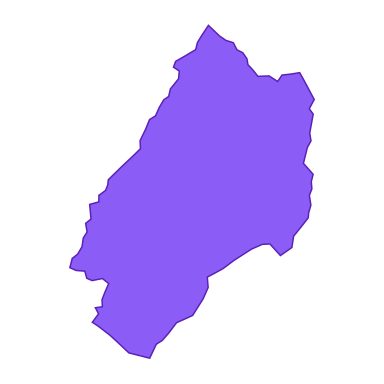 Ampelikou, Nicosia, Cyprus, rotated 181°
{"feature_id": "46923920B7308228974018", "entity_name": "Ampelikou", "entity_type": "district", "adm_level": 2, "iso_a3": "CYP", "parent_name": "Cyprus", "parent_adm1": "Nicosia", "projection": "natural_earth1", "projection_center": [32.803, 35.103], "detail": "fine", "context": "isolated", "style": "filled", "palette": "violet", "viewbox_px": 384, "rotation_deg": 181, "n_neighbors": 0, "source": "geoboundaries", "source_scale": "gbopen_adm2", "svg_char_len": 1331}
<svg xmlns="http://www.w3.org/2000/svg" viewBox="0 0 384 384"><g transform="rotate(181 192 192)"><path d="M81.6,159.9L75.3,168.3L75.0,173.2L72.9,180.9L74.6,190.6L72.2,197.2L72.9,204.5L71.2,211.8L81.1,222.6L77.4,238.6L73.9,245.2L75.3,252.9L72.2,272.0L76.2,277.3L71.4,286.6L82.6,306.7L86.4,313.2L95.5,311.6L104.0,310.5L108.3,304.0L116.9,309.4L128.1,308.8L133.0,314.8L138.3,320.3L139.4,326.2L143.7,332.2L149.5,334.9L153.3,342.0L160.8,344.2L167.2,348.5L178.5,358.9L185.4,348.0L189.2,341.5L190.8,334.4L204.1,326.2L210.6,322.4L212.7,316.5L206.8,312.7L207.4,305.0L215.4,294.7L217.0,287.1L221.8,283.8L226.1,276.2L229.8,267.5L235.7,263.7L239.5,253.9L244.8,242.5L244.3,234.4L251.8,226.8L262.5,216.4L270.5,208.3L275.9,202.8L276.4,197.4L278.5,192.0L285.0,187.1L285.0,180.5L294.1,177.8L292.5,163.2L297.8,158.8L296.2,150.1L299.9,144.1L301.0,135.4L305.3,127.8L310.6,123.5L312.8,114.2L306.4,111.5L297.8,111.0L295.7,103.9L290.3,101.7L280.1,103.9L273.7,99.0L277.5,89.8L280.1,82.7L279.6,75.7L286.6,74.6L283.3,68.6L289.4,60.0L283.3,56.1L271.6,47.4L263.0,39.8L252.3,30.0L231.4,25.1L225.0,39.2L219.1,43.1L212.7,50.7L205.2,61.0L189.2,68.6L179.0,85.4L174.2,96.8L175.2,107.2L166.0,112.3L159.7,115.9L148.5,124.6L131.4,136.0L120.7,140.9L113.2,141.4L102.5,130.0L91.2,138.2L89.6,149.6L81.6,159.9Z" fill="#8b5cf6" stroke="#5b21b6" stroke-width="1.5"/></g></svg>